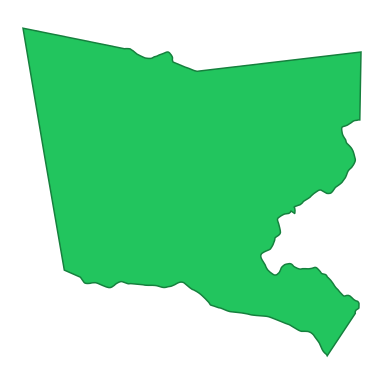 Villa de San Francisco, Francisco Morazán, Honduras
{"feature_id": "27666195B57613210290297", "entity_name": "Villa de San Francisco", "entity_type": "district", "adm_level": 2, "iso_a3": "HND", "parent_name": "Honduras", "parent_adm1": "Francisco Morazán", "projection": "robinson", "projection_center": [-86.929, 14.191], "detail": "fine", "context": "isolated", "style": "filled", "palette": "green", "viewbox_px": 384, "rotation_deg": 0, "n_neighbors": 0, "source": "geoboundaries", "source_scale": "gbopen_adm2", "svg_char_len": 6027}
<svg xmlns="http://www.w3.org/2000/svg" viewBox="0 0 384 384"><path d="M361.0,52.0L198.7,71.1L198.2,71.2L197.1,71.3L195.8,71.0L194.3,70.6L192.7,70.0L188.9,68.4L185.7,67.3L184.6,66.9L173.2,62.1L173.0,61.9L172.8,61.5L172.6,60.7L172.4,60.2L172.4,59.3L172.5,58.3L172.5,57.8L172.4,57.2L172.0,56.3L171.6,55.6L171.1,54.8L170.5,54.1L169.8,53.2L169.3,52.7L168.9,52.4L168.5,52.2L168.1,52.0L167.7,52.0L167.3,52.0L166.8,52.1L166.3,52.2L163.3,53.5L159.4,54.9L158.7,55.2L157.4,55.9L156.6,56.2L156.0,56.4L154.8,56.7L154.1,56.9L153.8,57.1L152.6,57.8L151.8,58.2L150.7,58.4L149.4,58.4L148.4,58.4L146.5,58.2L144.9,57.9L144.0,57.5L140.3,55.8L137.0,54.1L132.9,50.7L131.5,49.9L130.5,49.1L130.1,48.9L128.8,48.7L126.8,48.6L125.8,48.6L124.7,48.8L44.8,32.6L23.0,28.2L44.7,156.7L64.3,270.1L80.4,277.2L84.0,282.3L84.5,282.8L85.3,283.2L86.2,283.4L87.4,283.5L89.3,283.4L90.1,283.3L91.3,283.0L92.5,282.8L94.3,282.7L95.5,282.7L96.0,282.8L97.0,283.1L97.9,283.4L102.7,285.5L106.2,286.9L107.6,287.3L108.9,287.6L109.5,287.6L110.1,287.6L110.9,287.4L111.4,287.2L112.2,286.8L113.3,286.0L114.2,285.4L115.5,284.2L116.5,283.5L117.9,282.7L119.2,282.1L120.4,281.7L121.1,281.6L121.7,281.6L122.6,281.8L125.4,282.8L127.0,283.4L128.0,283.7L128.7,283.8L130.4,283.6L131.8,283.7L142.5,284.7L143.3,284.8L144.8,285.1L145.6,285.2L147.9,285.3L152.2,285.3L154.0,285.4L155.3,285.5L156.7,285.7L158.2,286.1L161.9,287.2L163.0,287.4L164.1,287.5L165.3,287.4L165.9,287.3L168.2,286.7L170.3,286.4L171.5,286.1L173.1,285.4L174.7,284.7L177.5,283.1L178.7,282.6L179.6,282.3L180.5,282.1L181.3,282.1L182.0,282.1L182.8,282.3L183.8,282.7L184.5,283.2L189.6,287.5L191.5,288.9L192.3,289.4L193.7,289.9L194.6,290.4L196.6,291.5L198.5,292.7L200.5,294.2L202.4,295.9L205.5,298.9L208.7,302.3L209.4,303.3L210.2,304.6L210.5,304.9L210.8,305.1L214.0,306.1L218.6,307.7L219.3,307.8L220.3,308.0L220.8,308.1L227.3,310.8L228.6,311.2L230.0,311.6L231.7,311.8L237.2,312.4L241.6,312.9L243.4,313.2L247.3,313.9L248.6,314.2L250.1,314.6L251.4,314.9L253.8,315.2L256.7,315.5L265.6,316.2L267.1,316.4L268.9,316.8L270.3,317.3L271.7,317.8L276.3,319.6L281.5,321.7L285.6,323.4L288.2,324.3L289.1,324.6L290.2,325.2L293.3,327.1L297.5,329.6L299.2,330.5L300.7,331.1L301.4,331.3L302.0,331.3L304.8,331.3L306.9,331.4L308.0,331.5L308.7,331.7L310.0,332.2L311.0,332.7L311.6,333.2L312.3,333.7L313.4,334.8L313.8,335.3L315.0,337.1L317.1,339.9L318.5,341.8L319.4,343.2L322.0,349.1L323.0,350.9L323.7,351.8L324.2,352.4L325.1,353.3L326.2,354.2L326.5,354.4L326.8,355.0L327.2,355.8L355.3,313.4L355.2,312.5L355.2,312.0L355.2,311.7L355.5,311.1L356.0,310.2L356.3,309.9L358.3,308.6L358.6,308.4L358.8,308.1L358.9,307.8L359.0,304.1L359.0,303.5L358.9,303.2L358.7,302.7L358.3,302.1L357.9,301.6L357.6,301.3L357.2,301.2L356.4,301.0L355.8,300.7L355.1,300.4L354.3,299.9L353.2,299.0L352.0,297.8L351.1,297.0L350.1,296.1L349.2,295.7L348.7,295.5L348.4,295.4L347.0,295.4L346.1,295.6L345.1,296.0L344.6,296.0L344.1,296.0L343.7,295.9L343.3,295.6L343.0,295.4L340.8,293.1L339.5,291.7L338.2,290.0L337.0,288.8L336.0,287.8L334.9,286.4L333.0,283.4L330.8,280.4L328.8,278.3L327.2,276.8L326.8,275.9L326.5,275.4L326.1,275.0L325.7,274.7L325.3,274.5L324.6,274.3L323.3,274.0L321.9,273.6L321.6,273.4L321.2,273.0L320.6,272.1L320.2,271.5L318.6,269.7L317.3,268.4L316.7,267.9L316.2,267.6L315.5,267.4L314.8,267.4L313.8,267.7L312.6,268.1L312.0,268.3L310.2,268.6L308.7,268.8L307.6,268.8L305.9,268.7L304.0,268.7L302.6,268.7L300.7,269.1L299.8,269.1L298.8,268.8L297.3,268.3L296.1,267.7L294.7,267.0L293.6,266.3L292.8,265.3L292.2,264.7L291.6,264.2L291.0,263.9L290.4,263.7L289.7,263.6L289.3,263.6L288.3,263.8L286.5,264.1L285.1,264.5L284.5,264.8L283.2,265.8L282.2,266.7L281.5,267.5L281.1,268.3L280.4,270.2L279.5,272.0L279.2,272.5L278.8,272.9L277.4,274.2L276.8,274.7L276.1,274.9L275.5,275.0L274.9,275.0L274.4,275.0L273.9,274.8L273.0,274.3L272.3,273.8L270.1,272.2L268.0,270.2L267.6,269.8L266.8,268.5L266.2,267.5L265.8,266.6L265.2,265.0L264.5,263.8L262.5,260.6L261.7,259.2L261.2,258.0L260.9,257.2L260.8,256.4L260.8,255.6L260.9,254.9L261.2,254.3L261.7,253.6L262.3,253.1L263.7,252.2L265.7,251.2L267.1,250.6L268.8,249.9L269.4,249.6L270.1,249.2L270.6,248.7L271.1,247.9L271.9,246.7L273.0,244.7L273.4,243.6L274.6,240.4L274.8,239.4L274.9,238.4L275.0,238.1L275.1,237.8L275.4,237.5L276.6,236.6L278.3,235.5L279.0,234.9L279.7,234.2L280.1,233.4L280.4,232.7L280.4,232.0L280.3,230.8L280.0,229.3L279.6,227.5L278.9,224.7L278.6,223.6L277.8,221.3L277.6,220.6L277.5,219.9L277.5,219.3L277.6,218.8L277.9,218.3L278.2,217.9L279.5,216.9L281.1,215.8L282.7,214.9L283.7,214.4L284.6,214.0L288.8,213.4L289.1,213.2L289.8,212.7L290.4,212.1L290.6,211.8L290.7,211.3L290.9,211.1L291.3,211.2L291.8,211.5L293.7,212.8L294.4,213.3L294.6,213.4L294.8,213.2L294.9,212.3L295.0,210.3L294.7,208.3L294.6,207.8L294.2,207.3L294.2,207.1L294.3,206.9L294.9,206.5L296.4,206.0L298.0,205.4L299.6,204.9L300.1,204.7L300.5,204.4L301.4,203.7L302.1,203.1L302.6,202.6L303.2,201.7L303.5,201.4L305.0,200.4L307.8,198.7L309.3,197.7L310.1,197.1L311.4,195.7L313.9,193.5L316.5,191.7L318.5,190.4L319.4,190.1L319.9,190.0L320.4,190.0L321.0,190.1L321.4,190.3L322.1,190.7L323.3,191.4L326.3,193.1L326.7,193.3L327.0,193.4L328.3,193.5L329.4,193.4L330.1,193.3L330.4,193.2L331.2,192.8L331.8,192.2L332.5,191.5L334.2,189.1L335.1,187.8L335.4,187.4L338.5,185.2L340.0,184.1L341.4,182.9L342.1,182.2L344.0,179.5L345.0,178.2L345.5,177.4L346.5,175.1L347.1,173.3L347.5,172.4L347.8,171.6L348.3,170.8L348.8,170.1L349.5,169.4L350.5,168.4L351.6,167.5L351.9,167.0L353.4,164.9L353.8,164.2L354.3,163.2L354.8,162.1L355.1,161.3L355.3,160.3L355.3,159.5L355.2,158.9L353.9,153.8L353.3,151.9L352.9,150.8L352.4,149.9L351.9,148.9L351.0,147.6L350.4,146.9L349.5,145.9L348.0,144.4L347.0,143.5L346.7,143.1L346.1,141.8L345.8,140.4L345.6,139.8L345.3,139.3L344.3,137.8L343.3,136.1L342.8,135.0L342.5,134.3L342.2,133.0L341.9,131.2L341.7,129.8L341.7,128.3L341.8,127.9L341.9,127.5L342.1,127.2L342.4,126.9L343.3,126.5L345.4,125.9L347.4,125.1L351.3,122.6L353.0,121.3L353.8,120.9L354.3,120.7L355.1,120.5L356.8,120.3L358.4,119.9L359.1,119.9L359.8,119.9L361.0,52.0Z" fill="#22c55e" stroke="#15803d" stroke-width="1.5"/></svg>